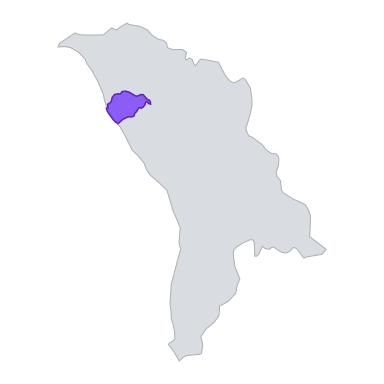 location of Glodeni within Moldova
{"feature_id": "MDA-1621", "entity_name": "Glodeni", "entity_type": "District", "adm_level": 1, "iso_a3": "MDA", "parent_name": "Moldova", "parent_adm1": "", "projection": "orthographic", "projection_center": [27.543, 47.723], "detail": "fine", "context": "in_parent", "style": "filled", "palette": "violet", "viewbox_px": 384, "rotation_deg": 0, "n_neighbors": 0, "source": "natural_earth", "source_scale": "10m", "svg_char_len": 2473}
<svg xmlns="http://www.w3.org/2000/svg" viewBox="0 0 384 384"><path d="M58.0,47.0L59.7,43.2L75.1,32.9L79.1,34.7L87.1,35.1L103.4,34.9L111.5,28.0L116.4,30.0L120.5,26.9L127.2,23.0L128.2,23.9L129.0,24.5L139.4,26.2L147.3,29.9L152.5,35.5L158.0,39.1L163.5,40.4L166.7,43.2L167.3,47.6L172.6,49.6L182.4,49.5L186.6,52.3L185.2,58.1L186.2,60.0L189.7,58.0L192.3,59.6L193.8,63.9L195.4,65.9L200.3,59.2L205.7,59.7L218.5,62.3L225.6,76.1L230.0,81.0L233.8,82.9L238.5,80.7L242.7,78.0L245.1,79.2L250.5,88.2L252.0,100.2L252.0,105.1L250.4,113.2L247.9,122.0L245.9,127.7L246.9,132.2L248.9,136.0L252.0,137.1L262.2,144.6L266.1,149.8L271.6,153.6L275.8,153.8L278.0,155.9L278.9,158.6L278.5,165.4L276.3,171.9L276.7,176.0L280.5,180.8L281.1,186.5L281.4,190.1L283.4,192.9L292.9,198.9L305.2,204.6L308.4,209.7L310.5,216.1L310.2,227.2L309.7,236.8L326.0,249.2L324.3,251.7L321.9,254.4L306.7,256.9L303.7,258.1L296.8,248.5L293.3,247.4L290.1,251.0L286.3,253.1L281.7,252.3L276.7,249.4L274.2,247.3L272.2,247.1L269.1,249.3L265.0,248.5L262.3,246.2L258.6,254.5L256.3,256.3L254.8,256.1L254.2,242.1L253.0,240.0L250.0,239.7L242.6,243.2L235.7,247.6L233.3,251.5L233.7,258.4L234.9,266.6L239.9,279.0L237.4,284.6L235.7,293.3L228.2,301.4L219.6,306.1L219.0,315.6L214.3,322.2L206.2,328.8L200.8,336.7L202.3,342.0L202.7,347.1L201.8,350.6L201.6,353.2L199.4,354.4L186.8,355.5L183.3,357.2L179.2,361.0L175.2,353.9L171.2,347.8L168.3,344.5L169.5,342.9L172.7,341.2L174.9,339.0L174.6,331.7L172.9,323.2L171.3,319.1L171.1,312.7L170.0,302.7L171.3,284.2L177.4,260.8L180.7,249.2L179.0,242.9L180.2,228.0L177.4,220.7L173.2,211.2L167.0,190.4L159.6,183.2L150.4,175.3L146.4,169.3L143.8,162.7L138.4,156.1L132.1,150.1L124.7,135.0L120.8,128.2L119.7,126.3L111.2,116.6L106.8,107.9L104.6,100.7L103.3,94.0L97.5,80.9L92.2,71.0L87.1,63.9L84.8,58.9L78.9,52.6L70.5,47.6L65.1,46.6L58.0,47.0Z" fill="#d9dde1" stroke="#a8b0b8" stroke-width="1"/><path d="M118.2,123.5L118.1,123.2L115.7,122.3L113.6,120.2L108.8,113.6L107.0,110.7L106.4,108.2L108.1,107.9L108.1,107.2L107.7,106.4L107.8,105.2L107.6,104.2L108.4,103.9L109.8,102.9L111.0,101.8L111.7,99.7L112.1,97.6L114.6,94.5L117.6,93.8L120.2,94.0L122.3,91.5L125.6,91.2L129.0,92.1L135.9,96.1L138.4,95.8L140.6,94.5L143.2,94.7L147.2,99.3L149.7,100.4L150.4,102.1L150.6,104.2L148.6,103.5L147.0,101.7L145.7,102.1L145.0,104.7L143.2,107.1L141.0,108.3L139.8,107.7L138.7,107.9L136.8,111.3L135.9,112.3L134.9,113.1L133.9,116.1L131.1,117.0L128.2,116.8L122.9,119.3L118.2,123.5Z" fill="#8b5cf6" stroke="#5b21b6" stroke-width="1.5"/></svg>